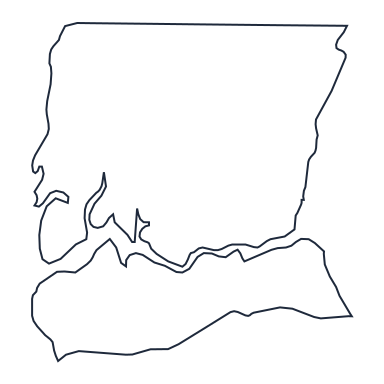 SVG path tracing the border of Ziguinchor
{"feature_id": "SEN-775", "entity_name": "Ziguinchor", "entity_type": "Region", "adm_level": 1, "iso_a3": "SEN", "parent_name": "Senegal", "parent_adm1": "", "projection": "natural_earth1", "projection_center": [-16.415, 12.748], "detail": "fine", "context": "isolated", "style": "outline", "palette": "slate", "viewbox_px": 384, "rotation_deg": 0, "n_neighbors": 0, "source": "natural_earth", "source_scale": "10m", "svg_char_len": 2819}
<svg xmlns="http://www.w3.org/2000/svg" viewBox="0 0 384 384"><path d="M77.2,23.0L92.4,23.2L149.7,23.8L202.5,24.4L279.4,25.2L324.7,25.6L347.0,25.8L343.8,32.2L337.8,39.9L336.1,44.7L336.5,48.1L338.7,49.6L341.3,50.5L343.6,51.8L345.7,54.7L345.6,57.7L331.6,90.9L316.0,119.5L315.6,124.2L316.1,128.4L317.7,135.4L316.6,139.5L316.1,147.9L315.5,150.6L314.6,152.8L310.9,156.8L309.1,159.5L308.3,161.9L305.4,187.1L303.9,190.8L303.2,196.4L303.8,199.9L301.6,199.9L301.6,202.9L301.1,204.6L297.4,212.9L295.7,215.5L294.5,229.4L284.7,236.5L270.5,239.2L266.8,241.1L259.7,246.4L257.5,247.5L253.9,247.1L245.4,244.5L232.3,244.5L228.4,245.6L221.7,249.0L218.0,250.1L213.8,250.1L202.6,247.5L198.8,248.4L194.0,252.2L190.8,253.1L189.6,255.0L187.9,259.4L185.6,264.0L182.4,266.7L168.2,261.4L156.6,253.9L151.2,248.7L149.0,243.3L147.6,242.3L144.4,241.2L141.2,239.4L139.5,236.5L140.0,232.4L142.3,228.8L145.4,226.3L149.0,225.4L149.0,222.3L143.6,222.2L140.2,219.1L138.3,214.2L137.1,208.5L134.7,242.0L132.1,242.0L127.5,234.9L114.7,222.3L113.1,214.3L109.0,218.0L106.4,222.5L103.2,226.3L97.7,227.9L93.5,226.9L90.7,224.1L89.3,219.8L89.6,214.3L94.5,203.7L101.4,195.7L106.0,186.5L103.9,172.2L102.3,183.2L101.5,186.3L99.6,189.9L98.0,191.6L96.3,192.8L89.4,200.1L86.5,204.3L85.0,209.5L84.6,218.2L87.1,232.6L86.3,239.2L75.9,244.4L60.6,258.9L49.0,263.6L42.5,259.2L39.8,248.7L39.3,235.0L41.2,220.6L46.7,206.3L55.7,198.3L67.8,202.9L68.4,196.9L63.4,192.5L56.2,190.8L50.1,193.2L42.9,203.3L38.9,206.6L34.5,205.5L36.6,202.2L37.3,198.7L36.6,195.2L34.5,191.8L42.1,179.8L43.6,173.8L41.9,166.6L39.3,166.6L37.7,171.1L35.3,173.1L33.1,171.5L32.2,165.4L33.0,160.5L35.1,155.3L47.5,134.2L48.8,129.0L48.5,123.8L46.8,114.3L46.4,109.6L47.2,101.1L50.6,84.3L51.4,73.4L50.9,66.8L49.4,63.4L49.9,54.0L51.2,49.5L53.4,46.2L58.9,40.0L60.0,36.1L65.1,26.1L77.2,23.0ZM320.8,318.4L314.1,317.0L292.4,308.7L280.0,307.4L253.7,312.7L251.4,313.8L249.9,315.2L248.2,315.9L245.4,315.4L237.8,312.0L234.1,311.2L230.5,312.1L206.5,327.0L178.6,344.2L168.1,349.1L150.5,349.3L132.4,354.5L125.9,354.7L78.8,351.1L66.0,354.7L58.1,361.0L55.8,355.8L54.1,350.5L52.6,342.1L50.4,339.4L45.2,335.2L37.2,326.3L33.6,321.0L32.1,315.8L32.1,298.9L32.9,295.2L36.3,291.6L37.1,287.9L39.7,283.6L57.0,271.8L64.5,271.5L75.3,272.5L87.0,264.2L90.7,260.6L92.7,257.3L94.2,253.9L96.5,250.1L109.8,239.0L116.2,247.5L121.1,262.9L126.0,266.4L126.2,260.1L129.7,255.1L135.9,253.1L142.7,254.9L154.4,262.5L164.9,265.8L176.4,272.0L182.4,272.5L189.3,268.8L197.6,256.9L203.8,253.1L211.9,253.5L218.8,256.4L225.7,257.2L233.6,251.6L237.6,249.7L240.3,253.3L242.4,258.4L244.4,261.4L271.5,249.8L277.7,248.1L286.0,247.5L291.4,245.7L295.9,242.0L301.1,238.9L308.7,239.2L314.8,243.0L324.0,251.4L323.8,253.8L324.8,264.5L329.8,276.5L336.1,287.0L339.5,295.8L350.3,314.0L351.8,316.3L348.4,316.2L320.8,318.4Z" fill="none" stroke="#1e293b" stroke-width="2"/></svg>